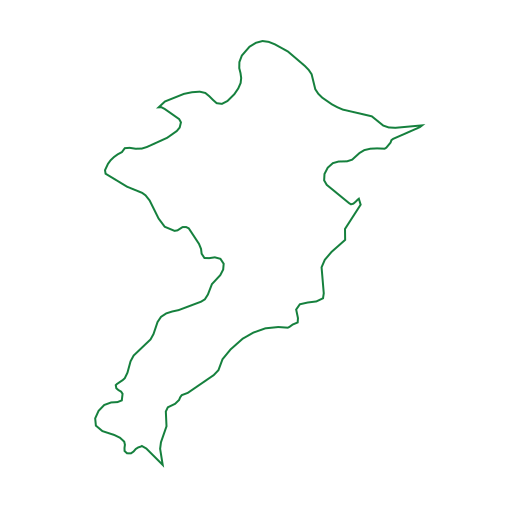 outline of Lai Chau, rotated 274°
{"feature_id": "VNM-453", "entity_name": "Lai Chau", "entity_type": "Province", "adm_level": 1, "iso_a3": "VNM", "parent_name": "Vietnam", "parent_adm1": "", "projection": "natural_earth1", "projection_center": [103.098, 22.339], "detail": "fine", "context": "isolated", "style": "outline", "palette": "green", "viewbox_px": 512, "rotation_deg": 274, "n_neighbors": 0, "source": "natural_earth", "source_scale": "10m", "svg_char_len": 2347}
<svg xmlns="http://www.w3.org/2000/svg" viewBox="0 0 512 512"><g transform="rotate(274 256 256)"><path d="M384.1,171.8L387.2,169.8L396.4,154.5L397.8,151.2L397.5,148.5L403.8,154.4L412.7,172.8L414.9,180.7L416.0,188.4L415.1,194.1L412.1,198.3L408.7,202.2L405.7,206.1L405.4,211.4L408.6,216.7L415.9,223.1L421.9,226.6L427.5,228.6L432.5,228.8L437.3,227.8L442.2,226.2L448.3,225.9L455.0,227.9L464.3,234.9L468.7,241.1L470.9,247.5L470.5,253.7L468.5,260.0L462.2,273.6L448.9,291.6L445.3,295.6L441.2,298.8L426.5,303.5L422.2,306.8L418.6,311.0L412.6,321.1L410.1,326.7L408.1,332.4L403.4,361.8L395.0,373.8L393.5,379.4L393.6,386.1L397.9,412.6L396.0,410.5L382.4,384.6L381.0,383.0L378.5,382.3L373.1,378.4L372.0,376.8L371.8,369.4L371.0,362.6L369.2,356.7L366.0,352.1L358.8,345.2L356.8,340.2L356.0,331.8L354.0,326.2L349.1,321.4L342.6,318.6L336.2,318.7L331.9,321.6L315.2,345.2L314.2,347.1L315.0,349.5L317.2,351.7L319.3,353.5L320.3,354.6L314.5,356.8L289.2,342.9L278.3,343.8L265.4,331.1L257.0,324.9L249.3,322.2L223.5,326.2L218.5,325.8L214.9,319.4L213.2,310.8L210.9,303.1L205.4,299.8L196.9,302.2L192.6,302.2L190.2,297.4L187.6,294.3L186.7,292.7L186.7,283.2L184.5,270.4L179.4,258.7L172.6,248.5L161.1,237.2L150.7,229.8L139.5,226.5L134.3,222.2L114.7,197.5L112.0,191.6L109.7,190.2L107.0,189.3L102.9,185.6L98.9,178.6L94.6,176.9L79.9,178.6L63.6,174.2L57.0,173.8L41.1,177.5L56.3,160.0L58.5,155.4L58.0,154.7L56.8,151.8L55.1,149.5L52.4,147.5L50.4,145.0L50.2,141.1L52.3,138.5L55.3,138.2L58.6,138.4L61.6,137.5L65.2,133.0L67.5,127.3L70.6,115.0L75.6,108.1L82.8,106.9L90.6,109.8L96.8,115.0L99.8,121.7L100.6,128.0L102.6,132.2L109.2,132.5L111.3,130.9L112.6,128.2L114.3,125.9L117.4,125.1L118.7,126.3L123.0,131.8L124.9,133.6L130.6,135.9L142.2,138.2L148.2,140.9L165.4,156.6L171.0,159.2L183.3,162.4L188.7,165.5L192.5,170.5L194.8,176.3L196.6,182.5L206.6,204.4L209.2,208.0L214.2,210.7L224.9,214.0L234.4,221.7L240.2,224.2L246.0,224.3L250.7,220.7L251.8,215.0L250.6,209.5L250.4,204.7L254.5,201.6L259.2,200.7L264.1,198.3L278.9,187.0L280.0,184.3L279.7,180.7L276.1,175.9L275.4,173.0L278.8,162.9L286.6,156.2L304.0,146.0L308.8,141.6L311.0,138.1L316.1,122.6L327.6,100.2L331.1,99.4L337.6,101.9L341.4,104.3L344.8,107.4L347.8,111.0L350.3,115.0L354.4,117.6L355.1,122.4L354.6,128.4L355.2,134.6L357.1,139.5L367.7,159.1L375.2,168.3L378.8,170.9L384.1,171.8Z" fill="none" stroke="#15803d" stroke-width="2"/></g></svg>